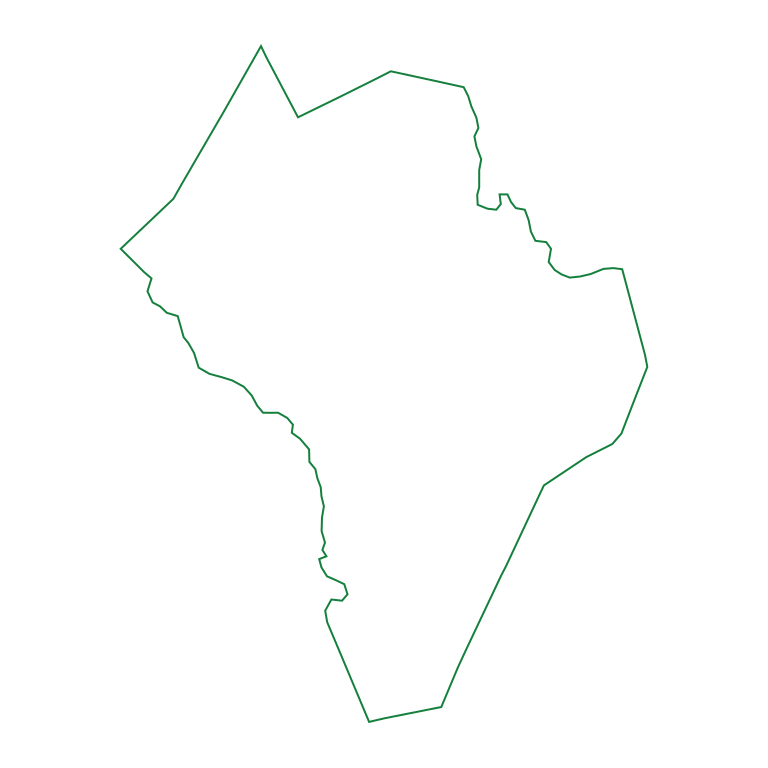 Itabaiana, Sergipe, Brazil (Albers equal-area conic projection)
{"feature_id": "56859067B51160750377401", "entity_name": "Itabaiana", "entity_type": "district", "adm_level": 2, "iso_a3": "BRA", "parent_name": "Brazil", "parent_adm1": "Sergipe", "projection": "albers", "projection_center": [-37.424, -10.699], "detail": "fine", "context": "isolated", "style": "outline", "palette": "green", "viewbox_px": 768, "rotation_deg": 0, "n_neighbors": 0, "source": "geoboundaries", "source_scale": "gbopen_adm2", "svg_char_len": 1451}
<svg xmlns="http://www.w3.org/2000/svg" viewBox="0 0 768 768"><path d="M612.3,444.0L621.4,433.6L634.2,400.4L647.3,366.9L645.0,354.9L622.2,269.2L613.2,268.1L603.4,268.9L590.8,274.0L580.2,276.5L569.8,277.6L561.7,274.5L554.7,270.0L548.7,262.0L551.0,248.8L546.2,242.1L535.4,240.8L530.9,231.6L528.6,220.0L524.8,209.7L515.8,208.1L511.0,202.0L507.5,194.4L499.6,194.4L500.8,204.1L496.3,209.7L487.5,208.7L477.7,204.8L477.2,194.9L479.2,187.5L479.2,179.6L479.2,170.1L481.2,159.2L476.4,146.4L474.4,136.4L478.4,128.0L476.4,117.7L471.4,106.5L468.2,96.1L463.7,87.2L416.7,76.9L390.8,71.3L377.7,78.0L342.0,95.8L298.0,117.3L266.2,57.0L261.0,46.1L223.3,112.5L198.7,154.8L181.7,184.1L173.4,198.8L120.7,248.8L144.0,272.0L151.5,278.4L147.5,291.3L152.6,302.4L160.1,306.4L166.8,312.8L177.7,316.1L180.5,325.9L183.7,337.3L188.3,342.9L194.0,352.9L198.7,367.7L209.6,373.9L221.8,377.2L232.1,380.4L243.9,386.8L251.7,395.5L257.2,405.7L263.0,412.7L270.5,412.8L278.0,412.7L287.3,418.0L292.9,424.7L291.8,432.8L300.1,438.8L309.1,449.4L309.4,461.9L315.4,469.2L317.4,478.4L320.7,487.1L321.5,496.6L323.9,506.3L322.0,517.5L321.6,531.1L325.0,542.6L322.4,549.9L326.4,556.3L319.2,559.1L321.5,567.5L327.0,576.3L335.0,579.8L344.3,584.2L347.5,594.3L342.0,600.7L331.4,599.5L325.2,610.7L327.2,622.2L338.5,649.0L369.1,721.9L384.9,718.2L441.3,707.0L457.9,667.4L465.8,650.3L501.2,575.5L506.2,565.8L539.9,493.8L543.9,485.4L586.3,457.1L612.3,444.0Z" fill="none" stroke="#15803d" stroke-width="2"/></svg>